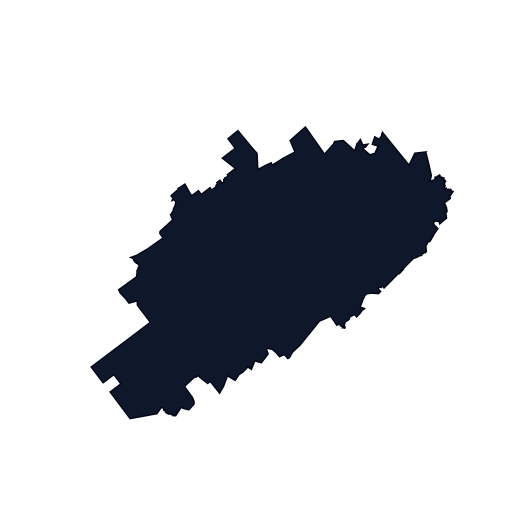 outline of Madera, Chihuahua, Mexico, rotated 233°
{"feature_id": "50627088B30045801041886", "entity_name": "Madera", "entity_type": "district", "adm_level": 2, "iso_a3": "MEX", "parent_name": "Mexico", "parent_adm1": "Chihuahua", "projection": "equal_earth", "projection_center": [-108.34, 29.346], "detail": "fine", "context": "isolated", "style": "filled", "palette": "ink", "viewbox_px": 512, "rotation_deg": 233, "n_neighbors": 0, "source": "geoboundaries", "source_scale": "gbopen_adm2", "svg_char_len": 5902}
<svg xmlns="http://www.w3.org/2000/svg" viewBox="0 0 512 512"><g transform="rotate(233 256 256)"><path d="M178.1,94.1L176.8,95.7L180.1,105.0L179.8,105.6L178.3,106.0L173.8,109.6L173.7,109.9L173.6,110.3L174.4,113.8L175.0,117.3L176.3,118.4L177.5,119.1L180.0,119.8L181.3,120.1L193.2,120.3L194.9,120.4L196.3,133.8L195.5,135.0L195.0,138.4L193.4,138.0L183.3,140.7L183.3,144.0L168.3,144.4L169.0,145.7L171.5,151.7L177.5,161.1L169.2,164.5L171.5,171.0L171.2,176.2L172.3,182.7L168.2,184.1L173.0,191.9L167.5,196.0L170.4,206.4L170.6,206.7L171.4,207.1L172.5,207.3L174.7,208.1L175.6,208.7L175.9,209.1L171.7,212.8L166.7,213.9L161.4,214.2L160.3,219.3L155.0,219.7L154.7,221.5L157.3,227.6L158.2,236.5L158.2,237.0L165.8,267.4L163.0,279.4L152.1,278.9L152.0,280.7L149.6,282.1L149.3,281.6L147.6,282.7L146.7,281.8L146.0,283.0L145.7,282.9L145.2,283.1L145.0,283.5L145.1,283.8L145.7,284.4L147.4,284.4L149.6,287.6L149.3,292.0L150.9,294.4L149.9,299.5L146.8,299.7L147.8,305.6L148.0,305.8L148.6,307.6L148.7,308.1L148.7,309.2L148.5,310.6L148.7,311.1L152.4,308.3L156.8,315.1L158.9,319.3L159.2,321.6L157.0,325.6L152.9,330.5L152.2,331.0L152.7,334.2L156.3,333.7L156.5,333.9L156.7,335.0L156.4,336.7L155.5,337.0L155.9,338.9L155.3,339.0L153.4,339.0L156.3,359.0L155.6,359.6L156.6,365.1L157.1,364.4L159.2,379.3L159.3,380.8L158.6,381.9L157.9,385.7L157.7,386.6L157.5,388.3L157.3,388.5L156.9,388.3L156.8,388.5L157.0,389.1L157.4,389.2L157.7,390.2L157.4,391.1L157.4,392.4L157.3,392.7L157.1,392.8L156.6,393.4L156.8,393.7L157.1,393.6L157.5,393.5L157.5,394.1L157.1,394.5L157.3,395.0L160.0,396.5L161.7,397.6L162.9,400.2L163.7,401.4L163.0,403.9L166.5,411.9L168.3,417.7L174.7,416.9L176.0,418.6L175.9,420.4L174.3,422.1L173.2,422.9L171.1,422.1L171.6,431.0L174.6,432.6L175.7,432.7L176.7,435.5L179.9,437.2L185.1,438.5L185.0,445.7L187.1,446.9L188.9,452.1L189.2,451.7L189.6,451.6L189.8,451.2L190.5,450.8L191.1,451.0L191.1,451.4L191.6,451.5L191.9,451.7L192.2,451.5L192.3,450.7L192.5,450.4L192.7,450.2L193.2,450.1L193.1,449.7L193.4,449.5L193.6,449.1L193.8,449.0L193.8,448.8L194.1,448.6L195.3,448.3L195.5,448.7L195.8,448.8L195.9,448.5L195.7,448.4L195.8,447.3L195.8,447.2L196.2,447.1L196.3,446.9L196.5,446.9L196.6,447.3L197.4,447.5L197.9,448.1L198.0,448.5L198.4,448.1L198.5,448.2L198.7,448.8L198.4,448.9L198.4,449.2L198.5,449.4L199.1,449.3L199.4,449.3L199.7,449.0L199.8,449.2L199.9,449.8L200.0,450.0L200.5,449.6L200.8,449.7L201.2,450.5L201.2,451.2L201.3,451.4L201.5,451.5L201.6,451.1L201.8,451.1L201.6,452.3L202.3,452.4L202.3,452.0L202.5,451.8L202.4,451.5L202.5,451.4L202.9,451.9L203.2,451.8L203.4,452.4L203.5,452.4L203.7,451.9L204.3,451.9L204.4,451.4L204.5,451.5L204.6,451.9L204.7,452.0L204.8,451.8L204.9,452.0L205.2,453.0L205.4,453.1L205.5,453.0L205.4,452.4L205.8,452.2L205.9,451.7L206.5,451.9L206.5,451.6L206.9,451.3L207.9,451.3L208.1,451.1L208.1,450.9L208.3,450.5L208.4,450.3L208.7,450.3L209.0,450.6L209.2,451.2L209.4,451.4L210.2,451.3L210.4,451.0L210.3,449.9L210.6,448.5L210.5,448.3L210.1,447.9L210.0,447.7L210.4,447.1L210.9,446.9L211.2,446.6L211.0,446.3L210.7,446.1L210.5,445.7L209.8,445.4L209.5,445.2L209.4,445.0L209.6,444.6L209.6,444.3L209.4,443.8L209.5,443.5L209.8,443.3L210.0,442.9L209.9,442.2L210.1,441.7L211.3,440.4L211.8,439.7L212.1,441.4L214.8,444.5L227.5,450.2L236.7,454.1L236.8,454.4L242.5,444.7L236.4,432.9L278.7,431.4L278.0,430.3L276.2,428.3L275.3,424.4L279.7,422.6L275.2,416.1L270.3,419.7L266.5,412.8L268.1,407.9L277.9,405.8L277.1,409.1L278.0,412.6L280.1,408.6L280.9,408.2L286.2,409.4L284.9,405.4L285.0,404.3L281.3,399.2L280.9,397.9L285.6,397.2L295.7,395.2L300.1,387.7L298.8,385.3L296.1,372.0L329.3,373.1L327.7,352.8L315.6,349.7L317.7,336.9L318.8,323.6L321.3,324.2L322.6,318.1L323.9,309.7L327.9,312.0L328.2,312.4L337.4,318.6L344.3,318.0L367.0,317.0L366.5,304.2L354.5,304.2L354.5,294.5L354.4,288.0L338.3,292.3L338.2,282.1L337.4,282.1L336.9,281.4L336.7,280.2L336.2,279.8L336.2,279.7L336.5,279.3L336.6,279.0L337.0,278.7L337.1,278.4L336.8,277.7L336.5,276.5L335.9,275.7L335.3,275.6L334.9,275.3L334.8,275.0L334.4,272.9L334.7,272.8L338.2,272.8L338.2,268.8L336.5,268.7L336.5,266.7L336.0,266.2L335.4,266.2L335.3,260.4L338.2,260.4L338.1,249.4L342.8,249.3L342.8,241.1L343.6,241.1L343.7,240.7L356.2,242.5L356.8,234.3L356.0,234.4L355.3,224.5L351.7,224.5L351.5,223.4L351.2,222.9L350.8,222.3L350.6,222.9L350.5,224.5L347.5,224.5L345.1,222.0L344.9,221.4L344.4,220.7L344.0,219.6L343.4,218.8L343.3,218.3L342.7,218.1L342.2,217.8L342.1,217.2L341.1,215.4L341.1,214.7L340.7,214.4L340.5,213.6L340.5,212.6L335.0,211.2L333.4,194.2L332.4,193.2L331.5,192.7L326.3,192.7L326.9,173.6L328.4,161.0L330.2,155.1L327.7,156.6L327.1,156.3L326.7,155.9L326.4,156.0L326.2,155.9L325.8,156.1L325.7,155.9L324.9,156.1L324.8,155.9L324.7,156.0L324.2,155.8L323.8,155.9L323.2,156.3L323.2,156.5L322.6,156.1L322.2,156.1L321.7,156.6L321.5,156.8L321.5,157.1L321.3,156.9L320.8,156.8L320.5,157.3L320.2,157.4L319.7,156.9L319.3,156.8L318.3,157.1L317.7,156.0L317.7,155.7L317.8,155.4L317.5,155.2L317.4,154.5L317.0,154.4L316.6,154.5L316.6,154.4L316.6,153.9L316.2,152.9L315.8,152.9L315.6,152.4L315.7,151.9L315.0,151.5L314.9,151.5L311.7,148.6L311.3,147.7L311.7,126.0L307.9,125.3L300.8,126.2L294.8,126.2L291.6,134.2L288.1,131.7L266.6,131.7L266.5,102.5L266.5,87.6L266.5,57.6L246.8,57.6L246.8,71.1L235.2,71.1L235.2,57.7L201.9,57.6L189.7,82.0L191.8,88.5L192.0,89.7L191.9,89.7L191.6,89.9L191.4,89.6L191.2,89.9L190.8,90.1L190.8,90.4L190.2,90.7L189.8,90.4L189.2,90.3L188.8,89.8L188.6,90.0L188.4,90.0L188.2,89.8L188.0,90.1L187.9,90.0L187.4,90.2L186.8,90.4L186.7,90.3L186.7,90.6L186.2,90.6L185.8,90.6L185.5,90.3L185.3,90.3L185.2,90.5L185.1,90.4L185.2,90.1L184.9,90.0L184.9,90.3L184.2,90.5L184.0,90.4L183.9,90.7L183.7,91.1L183.1,90.8L182.8,90.8L182.8,91.3L182.7,91.5L182.3,91.3L181.7,92.1L181.7,92.4L181.8,92.7L181.0,92.9L180.4,92.9L180.4,93.0L180.5,93.2L180.5,93.5L180.1,93.8L179.5,93.6L178.7,93.9L178.6,94.0L178.7,94.5L178.5,94.9L178.3,94.8L178.1,94.1Z" fill="#0f172a" stroke="#020617" stroke-width="1.5"/></g></svg>